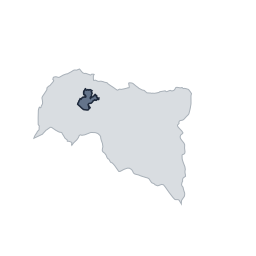 Bossangoa, Ouham, Central African Republic (highlighted), rotated 40°
{"feature_id": "33826404B90258922405871", "entity_name": "Bossangoa", "entity_type": "district", "adm_level": 2, "iso_a3": "CAF", "parent_name": "Central African Republic", "parent_adm1": "Ouham", "projection": "robinson", "projection_center": [17.361, 6.343], "detail": "fine", "context": "in_parent", "style": "filled", "palette": "slate", "viewbox_px": 256, "rotation_deg": 40, "n_neighbors": 0, "source": "geoboundaries", "source_scale": "gbopen_adm2", "svg_char_len": 6617}
<svg xmlns="http://www.w3.org/2000/svg" viewBox="0 0 256 256"><g transform="rotate(40 128 128)"><path d="M171.1,95.7L173.1,96.3L173.4,97.0L172.9,99.3L173.3,100.8L174.4,102.0L175.6,102.5L176.7,102.8L180.6,103.6L182.2,104.4L184.3,107.1L187.0,109.6L187.7,110.9L187.6,112.1L186.8,113.5L186.9,114.1L188.1,115.5L189.5,117.0L192.1,118.7L196.6,121.2L198.6,123.0L199.3,124.3L200.5,125.7L202.1,127.0L203.1,128.0L202.4,130.8L202.6,131.7L203.0,132.5L204.0,133.6L204.4,135.1L205.3,136.8L206.4,137.6L208.2,138.0L209.2,138.8L211.2,140.2L213.2,141.4L214.0,142.3L214.5,143.0L215.0,143.9L215.2,144.8L215.3,146.7L215.6,149.1L216.7,150.7L217.7,151.9L213.7,150.5L213.1,150.5L212.4,150.7L210.3,152.4L209.6,152.6L207.0,152.3L200.7,150.9L195.8,149.6L194.3,149.2L191.7,148.7L190.0,149.6L188.3,152.6L187.9,153.2L185.3,154.1L184.1,153.9L181.2,154.7L176.7,153.4L175.0,153.7L173.8,154.3L170.5,155.7L168.5,156.5L166.2,157.2L164.0,158.3L162.6,158.9L161.1,158.9L159.8,158.3L158.4,157.7L156.7,157.6L154.9,157.9L153.4,159.1L152.8,160.0L151.5,162.3L150.0,166.0L149.4,166.8L148.8,167.2L141.7,165.3L138.6,164.9L136.6,165.4L134.0,164.4L132.9,164.2L132.3,164.5L130.9,164.1L128.5,162.8L126.3,162.3L124.3,162.4L123.0,162.0L122.0,160.8L120.8,158.5L118.4,156.3L115.3,154.5L113.4,153.1L112.6,152.2L111.0,151.7L108.4,151.6L106.0,152.5L102.4,155.3L99.2,161.1L97.3,163.3L95.9,163.8L95.5,165.2L96.2,167.4L96.4,170.0L95.9,174.3L96.1,177.4L95.3,176.9L94.6,175.5L94.2,175.2L92.1,175.8L90.9,176.4L90.3,177.0L89.9,177.1L89.2,176.3L88.7,176.2L87.8,176.3L86.9,176.3L86.4,176.2L86.0,176.3L85.0,175.8L81.3,174.6L80.6,174.2L79.9,174.2L78.0,175.3L76.9,175.6L73.9,176.2L70.6,176.5L69.3,176.6L68.4,177.0L67.9,177.7L66.9,181.7L66.6,182.4L66.6,183.4L66.4,186.6L66.5,187.6L62.5,196.4L61.9,194.9L61.5,193.2L61.3,191.2L61.4,190.7L61.1,190.1L60.8,188.5L61.1,187.5L60.9,186.4L60.1,185.3L59.4,184.5L59.0,183.8L58.7,183.4L57.9,183.3L56.9,183.0L52.5,177.8L47.9,172.0L47.0,170.1L46.7,169.0L47.8,168.9L48.0,168.7L48.1,168.2L47.4,166.7L47.1,164.8L46.5,163.7L44.7,161.9L43.0,160.5L42.5,159.8L42.2,158.8L41.5,152.6L41.2,150.8L40.7,150.0L40.3,149.7L40.1,149.2L40.2,148.1L40.4,147.1L40.4,146.7L40.9,145.8L40.9,140.0L40.4,139.2L39.3,139.2L38.8,138.4L38.3,137.3L38.5,136.6L39.5,135.4L40.1,134.9L42.1,134.0L42.6,133.5L42.9,133.0L43.2,132.2L44.3,129.2L46.0,126.2L46.7,125.6L48.4,121.3L48.8,120.1L49.1,119.0L49.6,118.1L51.5,116.6L52.9,114.0L54.4,114.2L55.9,114.6L57.9,114.8L59.5,114.3L60.5,113.3L65.3,111.5L65.6,110.1L66.4,109.4L67.3,108.8L67.6,108.7L67.6,109.1L68.2,110.6L69.3,112.0L70.9,113.6L71.3,113.5L72.3,112.3L74.8,111.6L75.5,111.2L77.2,109.5L79.4,108.4L80.6,108.0L82.8,106.8L84.3,107.0L86.8,106.8L90.9,106.3L93.9,106.1L95.4,105.9L95.8,105.6L96.4,103.9L96.8,103.5L98.0,102.8L100.1,100.2L101.6,98.1L102.0,97.3L102.3,97.2L102.9,96.3L102.3,95.4L99.9,93.5L99.9,93.2L99.7,92.9L99.9,92.6L100.8,91.9L102.1,91.0L103.4,90.7L106.9,90.7L109.9,90.5L110.6,90.6L113.0,90.1L114.6,89.7L116.2,88.8L119.9,88.9L123.0,86.6L123.9,86.2L124.3,85.8L124.4,85.5L125.9,84.5L127.5,82.6L128.8,80.9L129.1,79.7L132.6,75.6L133.8,75.7L134.4,75.2L135.8,72.5L136.2,72.0L137.7,71.5L138.4,70.7L139.0,69.5L139.0,68.0L138.7,66.8L138.7,66.2L139.0,65.7L139.6,65.2L142.2,63.7L142.9,63.0L143.3,62.3L144.0,62.2L144.9,62.3L145.4,61.9L145.9,61.2L147.8,60.3L149.5,59.6L151.3,59.9L154.5,60.8L155.5,62.8L156.0,63.4L160.0,68.1L160.8,69.1L162.8,72.5L164.0,74.8L165.5,78.0L165.6,79.8L165.4,81.3L165.2,85.6L164.8,86.8L163.0,89.1L163.0,90.1L163.3,91.0L163.9,91.4L164.2,91.8L164.0,93.8L164.6,94.6L166.0,95.1L169.3,95.5L171.1,95.7Z" fill="#d9dde1" stroke="#a8b0b8" stroke-width="1"/><path d="M70.4,127.6L70.5,128.3L70.8,128.4L70.9,128.5L71.0,128.6L71.0,128.8L70.9,129.0L71.0,129.2L71.1,129.3L71.4,129.4L71.5,129.4L71.7,129.6L71.7,129.9L71.8,130.1L72.0,130.3L72.3,130.6L72.5,130.7L72.7,130.8L72.8,130.8L73.1,130.8L73.1,130.7L73.2,130.4L73.3,130.3L73.9,130.5L74.2,130.5L74.3,130.4L74.6,130.4L74.7,130.5L75.0,130.7L75.2,130.9L75.5,131.0L75.7,131.3L75.7,131.5L75.5,131.8L75.4,131.9L75.2,131.9L74.9,131.9L74.8,132.2L74.7,132.2L74.5,132.3L74.5,132.5L74.4,132.6L74.3,132.8L74.3,133.0L74.2,133.1L74.0,133.3L73.7,133.3L73.5,133.7L73.6,133.9L73.6,134.0L73.5,134.4L73.3,135.0L73.3,135.3L73.4,135.6L73.5,135.8L73.5,136.0L72.9,136.1L72.7,136.2L72.5,136.3L72.7,136.7L72.7,136.9L72.7,137.1L72.8,137.2L72.9,137.3L72.9,137.5L72.9,137.9L72.9,138.2L73.0,138.6L73.0,138.9L73.1,139.1L73.3,139.3L73.4,139.5L73.4,139.8L73.5,140.1L73.6,140.5L73.6,141.0L73.7,141.4L73.9,141.6L74.2,142.2L76.4,142.3L77.5,142.3L79.4,142.5L81.4,142.5L82.2,142.4L83.0,141.9L84.8,140.7L85.2,140.5L85.6,139.9L85.9,139.6L85.8,138.5L85.8,138.1L85.7,137.8L85.8,137.4L86.0,137.0L86.0,136.9L85.9,136.8L85.8,136.7L85.7,136.8L85.6,137.0L85.4,137.1L85.2,136.9L85.1,137.0L85.0,136.9L84.8,136.8L84.8,136.7L84.6,136.7L84.4,136.5L84.3,136.8L84.3,137.0L83.2,136.2L82.4,135.7L82.3,135.1L82.4,134.8L82.4,134.6L82.4,134.2L82.9,133.8L83.4,133.1L83.6,132.8L83.9,132.5L83.9,131.9L84.0,131.3L84.0,130.5L84.0,130.1L83.9,129.8L83.9,129.6L83.8,129.3L83.9,129.1L84.1,128.9L84.2,128.7L84.3,128.3L84.3,128.2L84.5,128.2L84.7,127.9L84.7,127.7L84.8,127.7L85.1,127.7L85.3,127.6L85.5,127.5L85.5,127.4L85.8,127.3L85.9,127.2L85.9,126.9L85.9,126.6L86.0,126.5L86.0,126.4L86.0,126.2L85.9,125.9L85.9,125.7L86.1,125.7L86.3,125.5L86.5,125.3L86.9,125.3L87.1,125.2L87.2,124.9L87.1,124.7L86.9,124.6L86.6,124.5L86.6,124.4L86.7,124.2L86.5,123.8L86.4,123.9L86.3,124.0L86.2,124.0L85.9,124.3L85.5,124.4L85.4,124.5L85.1,124.6L84.8,124.5L84.7,124.3L84.4,124.4L84.4,124.5L84.0,124.4L83.9,124.3L83.6,124.0L83.4,123.7L83.1,123.3L82.8,123.3L82.5,123.2L82.7,123.4L82.8,123.6L82.7,123.9L82.4,123.8L82.2,123.7L81.8,123.5L81.7,123.4L81.4,123.3L81.2,123.4L81.2,123.5L81.3,123.9L81.2,124.0L81.1,124.3L81.1,124.5L81.3,124.6L81.4,124.8L81.3,125.0L81.2,125.3L81.2,126.0L81.1,126.5L80.8,127.1L80.4,127.7L80.3,128.0L80.3,128.5L80.2,129.2L80.1,129.4L80.1,129.5L79.9,129.4L79.8,129.2L79.6,128.8L79.5,128.7L79.5,128.4L79.5,128.2L79.4,128.0L79.4,127.8L79.5,127.5L79.5,127.4L79.5,127.2L79.4,127.0L79.3,126.8L79.2,126.5L79.0,126.3L78.5,125.8L78.3,125.4L78.3,125.1L78.3,124.6L78.0,124.4L77.8,124.2L77.6,124.1L77.4,124.1L77.1,124.1L76.8,123.9L76.5,123.8L76.5,123.6L76.4,123.1L76.5,122.6L76.3,122.6L76.2,122.6L75.9,122.6L75.7,122.7L75.4,122.7L75.2,122.7L74.7,122.8L74.2,123.0L74.0,123.3L74.0,123.5L73.9,123.6L73.9,123.8L73.7,124.0L73.5,124.3L73.4,124.3L73.2,124.3L73.0,124.2L72.6,124.3L72.4,124.6L72.3,124.9L72.2,125.2L72.1,125.4L72.1,125.5L71.9,125.7L71.7,125.7L71.6,125.8L71.4,125.7L71.2,125.7L70.8,125.6L70.7,125.5L70.4,125.3L70.3,125.2L70.2,125.2L70.1,125.5L70.1,125.8L70.5,127.0L70.5,127.3L70.4,127.6Z" fill="#64748b" stroke="#1e293b" stroke-width="1.5"/></g></svg>